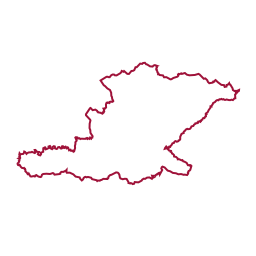 Banjarnegara, Jawa Tengah, Indonesia (orthographic projection), rotated 12°
{"feature_id": "22746128B31481808975183", "entity_name": "Banjarnegara", "entity_type": "district", "adm_level": 2, "iso_a3": "IDN", "parent_name": "Indonesia", "parent_adm1": "Jawa Tengah", "projection": "orthographic", "projection_center": [109.665, -7.356], "detail": "fine", "context": "isolated", "style": "outline", "palette": "rose", "viewbox_px": 256, "rotation_deg": 12, "n_neighbors": 0, "source": "geoboundaries", "source_scale": "gbopen_adm2", "svg_char_len": 5839}
<svg xmlns="http://www.w3.org/2000/svg" viewBox="0 0 256 256"><g transform="rotate(12 128 128)"><path d="M227.8,69.5L228.8,68.6L228.7,67.7L226.6,69.3L225.9,69.2L224.5,69.7L222.7,69.0L222.0,67.4L219.0,64.2L218.5,64.3L217.8,63.7L217.6,63.2L216.5,65.1L215.5,65.4L215.7,67.0L214.0,67.7L213.0,66.1L210.4,66.4L206.5,64.6L203.7,62.9L202.7,64.1L202.8,64.7L202.2,65.2L201.6,65.1L201.4,66.0L198.2,67.3L196.5,66.2L195.6,64.8L193.8,63.7L193.3,63.4L191.9,64.1L187.1,60.9L185.7,60.4L182.4,62.2L177.1,63.7L174.5,63.6L172.2,62.4L169.4,63.9L168.7,63.5L167.1,64.7L166.4,64.6L166.3,65.1L165.8,65.3L166.3,66.5L165.7,67.5L162.0,69.6L160.4,71.2L159.3,71.6L155.0,70.3L152.7,70.9L151.3,69.3L148.0,69.6L147.2,69.1L146.3,69.2L146.3,68.2L145.3,67.6L145.0,66.6L143.6,65.1L143.9,64.7L143.3,63.9L143.7,62.7L143.2,62.3L143.1,61.7L143.7,61.2L141.2,60.9L140.0,61.6L139.3,62.8L136.7,63.1L133.6,61.9L132.5,61.9L131.0,60.7L129.2,61.3L128.6,62.3L126.5,62.5L123.9,66.7L122.7,67.0L122.1,70.1L120.9,71.1L119.5,71.5L117.7,74.9L116.1,75.2L112.3,73.1L111.9,73.9L110.0,73.5L109.8,74.8L109.1,76.0L105.9,78.9L104.2,79.2L103.1,78.6L101.8,78.9L100.6,79.9L99.5,82.1L98.3,82.3L97.5,82.1L96.3,82.4L91.3,87.2L95.4,91.2L96.9,91.8L99.6,93.6L102.5,94.6L104.2,97.0L105.0,100.0L105.8,100.9L106.6,103.0L107.8,104.3L108.0,105.0L107.0,105.8L106.1,105.6L104.6,106.3L104.4,106.7L104.7,107.3L104.4,107.6L103.7,107.2L102.7,107.3L102.5,107.8L101.8,107.8L101.5,109.4L102.3,112.5L101.6,113.5L100.0,114.1L100.5,114.7L100.9,114.0L101.1,114.2L100.7,115.8L101.3,116.6L101.0,117.8L100.2,117.9L100.4,118.7L100.0,119.3L97.7,118.8L95.5,118.9L95.2,118.4L94.6,118.3L94.2,117.6L92.3,116.8L89.7,117.9L87.2,116.2L86.7,116.6L84.0,123.3L84.3,124.3L89.3,127.8L89.7,128.5L89.6,131.7L90.4,136.1L91.6,138.0L92.3,140.6L95.1,143.4L95.1,144.8L94.3,145.0L94.2,146.0L92.9,145.3L92.6,146.7L90.7,146.3L90.5,147.1L89.3,146.6L88.8,147.4L84.0,148.3L83.6,148.7L82.5,148.1L81.3,148.7L80.9,148.2L80.4,148.6L79.9,147.7L78.8,147.9L78.5,148.3L80.4,151.1L79.5,152.8L79.9,154.6L79.8,156.6L80.4,158.5L80.2,161.7L79.6,161.5L79.3,162.4L78.4,161.7L77.1,162.2L76.3,161.2L75.0,162.1L73.5,159.6L72.9,159.5L72.8,160.2L72.2,160.7L70.8,159.2L70.2,159.6L70.9,160.1L69.7,160.9L68.7,160.6L68.2,159.4L67.4,159.5L67.2,160.2L67.7,161.5L67.3,161.9L66.4,162.0L64.8,160.9L63.9,161.2L63.4,161.6L63.2,162.9L62.4,163.4L60.9,163.1L60.3,161.3L59.2,161.2L58.1,162.4L58.1,162.8L58.8,163.6L58.2,164.5L56.0,163.9L55.8,162.1L55.4,161.8L54.2,162.6L54.8,163.5L53.7,164.9L52.1,165.9L51.3,164.3L50.9,164.1L50.3,164.6L51.1,165.3L51.0,165.6L49.4,165.7L50.0,168.9L47.8,170.4L48.4,171.6L47.9,173.0L46.6,173.0L45.3,172.4L45.8,170.0L44.0,170.2L42.0,168.7L41.3,168.9L42.4,170.9L42.4,171.5L42.0,171.9L39.0,171.3L38.3,171.9L36.1,172.5L34.6,173.5L34.1,174.4L32.3,172.8L31.4,172.6L31.3,174.4L30.9,175.1L28.1,176.1L27.2,175.3L27.2,176.6L27.8,176.5L28.0,177.1L28.1,178.0L27.7,178.7L28.3,178.8L28.8,179.7L28.6,180.3L27.6,180.7L28.3,181.0L28.6,182.0L28.1,182.9L28.5,183.3L28.3,184.3L27.4,185.6L27.5,186.2L28.2,187.1L29.1,187.1L29.5,186.6L30.1,186.9L31.1,188.2L32.6,189.1L34.2,189.0L34.6,188.7L35.4,189.6L35.8,189.4L36.4,190.4L36.6,191.7L38.3,192.7L39.6,194.1L40.3,194.0L40.5,193.3L42.6,195.6L43.8,195.5L45.5,194.7L47.0,194.8L47.4,194.3L47.3,193.7L48.1,193.1L50.4,194.1L52.5,194.2L53.3,193.7L53.6,191.6L54.6,190.6L57.7,189.7L61.3,189.2L63.9,187.7L64.7,187.9L65.8,188.9L70.8,187.2L71.3,186.8L71.1,186.1L71.9,184.8L74.2,184.3L74.8,183.5L75.9,183.0L76.6,181.8L76.9,183.9L77.4,184.5L80.3,183.8L84.2,184.7L86.8,186.4L91.0,186.4L91.9,187.7L93.7,188.9L94.6,187.8L95.1,185.9L96.0,184.9L96.7,184.6L97.6,184.9L99.0,184.2L102.3,184.3L103.5,185.5L108.1,185.6L108.9,186.3L109.5,185.6L111.4,185.4L111.7,184.8L112.9,184.3L114.4,182.9L118.4,182.2L118.3,181.6L119.1,181.1L119.1,179.4L120.5,177.6L121.4,177.3L125.6,173.9L127.2,173.8L127.9,174.1L129.2,175.4L130.4,178.2L131.1,178.9L133.5,179.2L135.5,178.3L137.2,178.1L139.8,180.9L139.9,181.7L141.7,181.8L142.1,181.3L143.3,181.4L144.2,181.9L145.5,181.3L145.8,179.5L149.5,179.0L152.3,176.6L152.6,175.6L153.9,174.3L155.3,174.2L156.9,172.6L159.2,171.9L161.9,172.7L162.0,172.1L162.9,171.4L162.4,171.4L161.5,169.7L162.3,169.7L162.5,170.1L163.4,169.2L164.7,169.2L165.0,168.2L165.8,167.3L166.0,167.5L166.7,167.1L167.0,166.0L167.7,165.4L168.2,165.2L168.8,166.7L170.2,162.0L169.0,160.7L169.2,159.3L169.8,158.6L172.1,159.0L175.6,161.4L178.4,161.6L181.2,162.6L184.3,162.3L186.9,162.8L189.5,162.0L192.3,162.2L193.1,161.8L195.6,161.7L196.3,160.1L195.9,159.3L196.2,159.0L196.0,158.1L196.3,157.4L197.0,157.0L197.6,156.0L197.9,152.2L196.5,152.0L196.9,151.4L196.6,151.3L194.3,151.9L192.6,149.9L190.3,149.2L188.9,149.1L187.9,148.1L187.2,148.5L184.5,147.9L183.2,148.3L182.9,147.4L181.0,146.3L179.0,146.3L178.6,144.9L177.6,144.2L176.3,143.8L175.8,142.8L174.6,142.4L174.7,141.5L172.8,141.5L170.9,140.0L169.6,140.0L168.3,140.7L168.4,139.9L169.2,138.2L170.0,138.9L171.0,138.7L172.0,139.0L172.1,137.8L173.2,137.7L173.3,136.6L174.0,136.0L174.7,133.7L176.0,133.1L176.2,132.0L176.9,131.1L177.3,130.9L178.6,131.3L180.0,130.4L180.1,129.6L181.0,129.1L181.4,128.1L180.9,125.7L181.6,122.6L183.5,121.3L183.2,120.7L183.5,119.7L184.1,119.2L184.9,117.5L186.1,116.5L186.9,116.7L188.6,116.1L189.2,115.3L189.8,113.2L191.5,112.4L191.9,111.0L193.2,109.7L193.1,109.4L194.6,108.9L194.8,108.2L195.4,108.2L195.4,107.2L196.0,107.1L196.4,106.6L197.2,106.8L197.1,106.4L197.7,105.6L198.1,105.7L198.2,104.9L199.0,104.4L199.2,103.0L200.2,102.3L200.7,102.4L201.2,100.8L201.8,100.4L201.3,98.9L201.9,98.3L201.2,97.6L202.6,96.1L203.2,93.7L204.4,91.0L204.2,89.7L205.2,89.6L205.0,89.0L205.9,87.3L206.0,86.0L207.7,84.5L208.5,83.0L209.5,82.1L210.7,82.1L211.4,80.9L212.2,80.9L213.4,80.1L214.3,80.5L215.5,79.9L216.4,80.4L217.6,80.2L218.5,79.6L220.8,79.7L222.2,79.5L223.3,78.8L224.8,78.9L226.0,76.9L226.8,76.6L225.8,73.1L226.4,72.2L226.2,71.1L227.4,70.7L227.8,69.5Z" fill="none" stroke="#9f1239" stroke-width="2"/></g></svg>